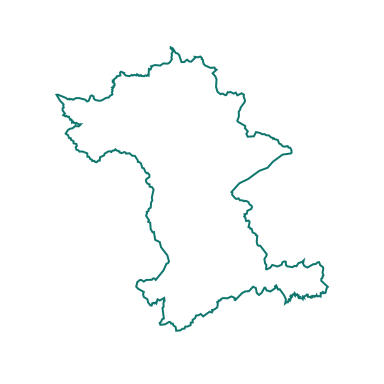 Mueang Tak, Tak, Thailand (orthographic projection), rotated 279°
{"feature_id": "78962969B62571443706919", "entity_name": "Mueang Tak", "entity_type": "district", "adm_level": 2, "iso_a3": "THA", "parent_name": "Thailand", "parent_adm1": "Tak", "projection": "orthographic", "projection_center": [99.229, 16.887], "detail": "fine", "context": "isolated", "style": "outline", "palette": "teal", "viewbox_px": 384, "rotation_deg": 279, "n_neighbors": 0, "source": "geoboundaries", "source_scale": "gbopen_adm2", "svg_char_len": 5992}
<svg xmlns="http://www.w3.org/2000/svg" viewBox="0 0 384 384"><g transform="rotate(279 192 192)"><path d="M266.8,43.0L261.6,47.3L258.4,51.5L257.0,51.3L255.4,52.1L254.5,51.1L252.4,51.4L249.6,54.2L247.8,52.8L246.9,55.0L247.6,56.0L246.8,57.2L247.1,58.6L244.2,60.5L244.7,61.4L244.1,62.1L241.9,62.6L242.8,63.6L241.8,64.2L242.1,65.4L241.0,66.4L242.1,67.2L241.1,69.5L241.5,71.6L239.2,70.0L238.7,66.1L236.3,64.1L235.3,61.4L233.8,59.8L229.9,58.1L228.6,60.8L226.0,62.2L226.1,63.9L224.6,64.3L223.7,67.0L221.6,67.4L221.3,70.3L219.4,71.1L218.0,70.1L215.6,71.3L215.5,73.0L214.3,74.5L214.9,77.5L213.8,82.5L210.5,83.2L210.7,84.8L208.5,86.5L208.3,88.0L207.0,88.6L207.5,90.6L206.6,91.5L206.5,93.2L208.4,94.5L208.5,95.9L212.0,95.8L214.4,99.4L216.2,99.7L218.9,102.9L219.4,104.7L218.9,106.1L220.3,106.8L220.9,108.8L222.2,109.6L221.3,110.9L220.8,114.0L219.8,114.2L219.4,116.5L220.8,118.8L220.6,120.2L219.6,120.9L220.5,124.2L218.5,127.2L218.7,130.0L214.7,133.5L213.3,133.8L213.2,135.6L212.1,137.2L208.2,139.0L207.8,140.8L204.3,143.0L203.4,144.5L203.9,145.3L202.3,147.3L199.9,147.5L198.1,145.3L196.5,144.6L194.8,145.2L193.3,146.7L192.9,148.9L190.7,149.3L190.5,151.8L188.4,153.7L180.5,153.2L177.3,154.1L175.1,153.2L170.2,153.7L168.4,151.9L166.4,151.9L165.2,150.4L164.3,150.9L161.3,150.4L157.5,153.9L155.8,153.3L155.2,155.5L148.9,157.0L146.0,159.4L146.5,160.7L139.0,163.1L137.5,168.0L132.7,170.0L125.5,177.6L119.6,180.2L117.8,179.3L117.2,178.0L110.1,176.1L99.5,169.9L100.7,168.6L100.5,167.1L99.0,166.0L98.0,160.6L96.0,158.4L97.1,156.0L96.9,154.3L94.5,152.1L89.8,151.7L88.0,153.9L85.7,160.1L83.6,159.6L80.8,160.8L79.1,164.7L76.2,165.9L73.6,168.5L73.5,169.9L76.0,170.2L76.5,171.4L76.0,172.1L77.1,173.1L76.3,174.2L80.6,174.8L79.8,177.1L83.0,181.1L80.3,181.9L80.1,181.3L77.8,181.2L74.1,181.9L72.9,181.0L62.6,184.0L61.7,182.4L59.1,181.8L57.5,180.5L55.9,181.6L57.1,186.1L60.2,189.9L60.0,191.1L58.7,192.0L58.9,193.7L57.2,194.6L56.2,196.9L52.5,198.1L53.4,201.9L55.4,204.0L56.0,206.1L58.0,206.4L58.3,208.4L60.2,211.4L62.8,211.2L63.3,213.1L65.8,212.6L67.9,214.8L70.6,215.3L71.4,217.9L72.9,219.7L70.9,222.5L76.5,228.1L76.1,230.4L77.1,230.9L78.6,230.3L79.4,232.4L82.0,235.0L85.7,235.0L87.1,234.1L88.0,235.4L89.0,235.3L89.4,237.1L90.6,237.3L92.1,239.2L92.5,243.6L95.0,247.3L94.1,250.7L92.2,250.9L92.0,251.7L99.9,257.2L102.1,260.1L103.0,263.8L108.0,267.1L107.1,270.1L102.5,271.7L100.8,274.3L103.3,276.6L108.8,278.5L108.9,279.4L106.5,281.0L106.0,285.0L110.2,289.4L111.8,288.7L112.9,289.8L109.1,292.3L109.7,293.8L104.5,299.0L100.6,301.6L96.6,301.5L98.0,302.7L98.0,303.9L100.7,304.4L100.1,305.4L101.3,305.3L101.1,306.0L103.3,306.4L104.1,305.5L105.1,305.7L104.6,307.2L105.7,307.0L107.0,308.1L105.8,309.8L107.8,309.5L106.5,310.9L107.3,311.8L106.5,312.2L106.7,313.2L105.7,313.2L105.5,314.4L104.9,313.5L103.9,314.1L104.2,317.4L103.6,318.1L106.0,318.0L105.4,319.0L106.2,318.6L107.4,320.8L108.6,321.3L108.7,322.4L106.6,323.0L106.8,325.7L106.2,326.2L106.6,327.0L107.8,326.5L108.0,327.4L107.2,328.3L108.0,328.0L107.7,329.2L108.5,329.1L108.8,330.9L109.8,331.2L108.5,332.1L109.2,334.3L108.9,335.4L112.3,335.0L112.2,335.9L113.6,336.7L112.9,337.4L113.4,337.6L112.9,338.5L113.3,339.6L118.2,340.1L119.5,341.0L124.5,333.6L126.6,333.3L127.8,334.4L129.2,334.1L130.3,334.9L132.5,333.6L137.0,333.6L138.3,333.1L139.8,330.1L142.6,328.5L142.1,327.0L140.1,325.4L139.8,323.3L135.5,317.9L136.4,314.6L138.8,312.8L141.9,313.0L140.2,311.7L138.4,308.3L135.0,306.7L135.1,304.8L133.5,303.0L133.5,297.6L134.6,296.2L137.8,295.5L137.9,294.1L136.7,292.3L134.2,291.9L131.8,288.2L132.5,282.7L129.6,281.2L127.3,278.0L127.5,277.2L131.8,276.8L132.8,275.4L137.1,274.0L140.9,275.6L142.3,275.5L149.6,267.8L149.3,266.2L150.0,264.9L152.9,263.7L159.0,263.3L159.3,262.0L160.6,261.4L161.6,258.2L165.0,256.6L164.9,255.2L166.0,254.6L166.2,253.3L171.4,253.6L172.6,252.5L171.8,250.0L175.1,248.6L176.0,247.4L176.9,248.1L178.3,247.3L179.1,249.5L182.1,249.6L184.5,253.1L186.4,253.6L187.7,253.1L188.7,250.9L190.9,249.2L191.7,246.7L191.0,244.5L191.6,243.7L191.4,240.5L193.0,239.0L192.1,237.2L192.3,236.0L195.5,232.1L197.7,231.9L198.1,231.0L208.0,237.4L213.6,245.4L223.4,255.1L227.8,262.9L234.6,267.2L243.1,275.6L245.5,283.5L246.3,284.2L248.9,283.7L251.1,282.0L251.0,280.3L252.3,279.3L251.2,276.1L251.4,274.4L253.1,272.3L253.5,270.5L256.8,268.6L257.1,265.4L257.8,264.6L257.2,263.8L258.1,263.3L258.3,261.4L259.9,259.2L259.7,256.4L260.5,254.6L260.0,252.1L260.9,250.3L261.2,245.9L256.7,244.4L255.3,238.4L257.9,236.6L260.7,237.6L263.3,234.3L265.5,234.3L268.6,226.3L269.6,225.6L273.8,226.5L278.8,225.6L280.9,226.7L282.7,226.7L289.2,230.0L290.8,230.0L294.3,228.1L296.1,228.1L297.3,225.6L294.6,221.7L297.0,219.7L295.7,217.7L296.9,214.2L296.1,212.9L296.2,211.7L293.2,210.7L292.8,209.9L294.0,206.8L293.1,204.8L295.0,201.5L299.6,199.3L307.2,198.6L309.9,196.9L312.5,193.8L316.6,197.1L317.3,195.3L318.4,194.8L317.5,190.8L319.0,185.2L320.4,183.4L324.2,182.0L324.8,180.8L325.8,180.9L327.1,179.1L325.9,176.5L325.9,173.6L325.1,174.1L320.6,170.8L320.5,168.9L321.9,166.4L319.1,163.9L318.7,161.3L325.2,157.9L326.6,156.1L326.7,154.2L330.8,150.6L331.5,148.4L330.4,148.5L329.7,150.0L327.6,151.1L325.3,150.2L323.6,150.9L321.7,150.5L320.0,151.4L316.7,149.9L315.0,148.1L314.5,143.5L311.9,140.9L311.6,135.6L309.8,132.0L309.2,132.6L306.5,131.9L306.8,130.2L300.3,130.9L300.8,129.9L299.6,129.2L299.9,127.7L298.9,126.7L298.7,124.1L299.4,123.3L298.7,122.9L298.5,121.2L299.3,120.9L298.9,119.7L299.5,119.2L298.4,118.7L298.7,117.0L297.8,115.3L298.3,114.4L296.6,112.1L296.7,108.4L298.4,105.9L299.0,106.2L299.7,103.0L298.7,102.3L295.9,103.0L294.4,99.5L293.5,99.6L290.9,97.2L289.5,97.4L289.6,96.3L288.1,96.5L286.8,98.6L285.1,98.9L284.4,97.9L283.4,98.2L282.7,96.9L282.2,97.7L280.6,97.0L279.7,97.8L278.2,97.3L275.8,98.1L274.4,96.1L272.3,95.1L271.6,92.5L268.3,88.4L267.6,86.3L267.7,82.3L269.0,80.3L271.0,79.9L271.7,77.9L271.2,76.9L265.9,75.7L265.0,74.1L266.5,72.1L267.1,65.5L266.5,62.6L264.5,60.1L265.0,58.7L264.3,56.8L264.9,56.4L264.1,54.7L265.2,52.7L267.2,44.1L266.8,43.0Z" fill="none" stroke="#0f766e" stroke-width="2"/></g></svg>